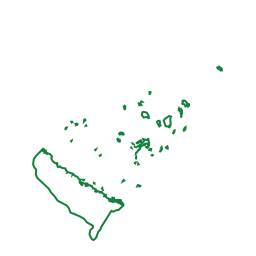 Midi, Hajjah, Yemen, rotated 132°
{"feature_id": "15242507B83103205988735", "entity_name": "Midi", "entity_type": "district", "adm_level": 2, "iso_a3": "YEM", "parent_name": "Yemen", "parent_adm1": "Hajjah", "projection": "albers", "projection_center": [42.574, 16.143], "detail": "fine", "context": "isolated", "style": "outline", "palette": "green", "viewbox_px": 256, "rotation_deg": 132, "n_neighbors": 0, "source": "geoboundaries", "source_scale": "gbopen_adm2", "svg_char_len": 5950}
<svg xmlns="http://www.w3.org/2000/svg" viewBox="0 0 256 256"><g transform="rotate(132 128 128)"><path d="M230.5,78.4L225.2,80.6L221.5,80.7L219.8,81.6L200.7,84.9L200.1,83.0L196.7,81.5L195.2,80.2L188.7,79.6L188.7,81.1L189.1,81.1L189.4,82.4L189.1,83.5L188.6,83.7L189.4,84.1L188.9,84.7L189.8,85.8L190.1,85.5L190.2,86.1L189.5,87.0L190.4,87.1L192.1,89.3L193.2,89.8L193.6,91.2L194.6,92.5L194.3,93.7L193.2,93.6L192.9,91.9L192.4,92.5L191.6,89.9L191.7,91.0L190.1,90.7L188.8,92.5L190.1,90.8L190.5,90.8L191.4,92.0L190.7,92.3L190.3,92.8L189.5,92.5L190.1,93.0L191.2,92.2L192.1,92.1L193.8,95.7L194.0,98.2L193.6,98.0L193.9,98.4L193.2,99.1L193.8,99.5L193.1,99.7L193.8,99.8L193.2,99.9L193.9,100.3L193.1,100.5L193.5,103.7L194.2,105.3L193.8,105.3L194.5,105.7L194.2,105.9L195.5,108.9L195.8,109.1L196.5,108.7L197.1,109.7L197.0,110.2L195.6,110.6L195.7,111.0L195.4,110.6L195.5,109.9L195.4,109.8L195.2,110.9L195.7,112.9L196.4,113.6L196.0,113.9L195.8,116.1L194.8,115.4L195.9,116.9L196.0,117.4L195.5,116.7L196.8,119.5L196.7,118.9L197.0,119.1L196.7,118.3L198.2,120.3L198.8,120.0L199.3,120.6L198.7,121.6L198.3,121.1L197.6,121.3L197.0,120.1L196.4,120.9L198.7,123.7L199.8,127.0L200.3,126.7L200.1,125.2L201.0,124.1L201.0,123.2L201.3,123.9L200.9,127.4L199.1,128.6L199.1,129.2L198.5,129.7L198.7,130.9L198.2,133.0L199.0,135.4L198.9,138.0L199.6,138.0L198.9,138.4L200.8,142.7L201.6,143.2L200.9,143.3L201.1,145.4L199.9,147.4L201.9,150.4L202.2,153.1L203.3,153.2L203.9,154.1L202.6,156.6L201.9,156.4L201.5,157.1L202.9,158.9L203.0,162.0L201.7,164.9L200.6,165.4L200.6,164.5L199.9,165.9L199.6,168.1L200.6,171.1L201.5,170.9L201.6,171.4L200.8,171.9L201.0,172.8L200.6,173.2L202.1,173.2L202.3,173.5L201.1,173.8L201.9,174.1L201.5,175.0L200.4,174.3L200.3,175.4L201.0,175.7L200.0,176.0L200.3,177.2L209.9,177.7L214.2,177.2L218.6,174.1L219.9,171.4L220.4,168.4L224.2,165.4L225.8,162.1L226.1,146.3L227.4,142.1L227.9,136.7L229.1,131.6L226.6,121.7L227.0,118.8L229.3,114.1L228.3,111.3L227.5,110.4L227.6,109.5L225.8,104.2L224.9,100.0L225.6,95.1L224.1,88.9L225.3,87.5L229.1,87.6L232.3,85.9L233.2,84.8L234.8,80.5L234.3,78.7L232.3,78.3L230.5,78.4ZM100.5,99.8L99.7,97.6L97.9,98.3L98.2,98.6L98.8,98.3L98.7,98.8L97.8,98.5L97.6,98.3L96.1,99.3L93.3,102.5L90.8,103.6L91.5,105.4L96.8,106.7L98.5,106.5L101.5,101.2L100.5,99.8ZM127.6,104.3L126.5,103.3L127.4,100.8L126.5,100.9L125.8,101.4L122.5,105.6L122.9,105.9L123.7,105.6L124.4,105.9L126.0,109.2L126.8,107.6L127.7,107.3L131.6,107.5L135.4,108.6L134.0,106.9L134.6,105.7L136.1,105.1L137.2,105.6L137.8,105.7L139.3,105.2L140.9,105.5L141.5,105.1L139.3,105.1L137.8,105.6L136.4,105.0L135.6,105.0L132.8,106.3L131.1,105.2L129.0,105.1L128.9,104.4L128.5,104.3L130.5,103.9L127.6,104.3ZM106.6,127.8L109.2,126.4L109.7,123.4L107.2,121.3L107.1,119.6L106.7,119.2L105.3,120.5L104.1,124.0L104.3,125.0L105.7,127.3L106.6,127.8ZM71.6,97.5L70.6,97.6L69.5,98.5L70.2,100.5L69.7,101.8L69.7,104.3L71.2,105.7L71.7,105.4L71.8,104.5L73.4,104.2L73.7,103.6L72.6,101.9L73.5,99.9L70.6,99.1L70.4,98.5L71.2,98.0L71.5,98.9L72.1,97.9L71.6,97.5ZM104.3,105.5L103.8,107.0L102.0,108.3L101.6,109.4L102.8,110.6L103.8,110.6L104.4,110.1L105.9,105.8L104.3,105.5ZM84.9,95.5L80.8,97.9L79.0,99.5L78.4,101.1L78.6,101.8L79.4,102.4L79.1,103.3L79.6,103.1L79.7,102.3L80.8,102.3L80.9,99.9L82.8,97.1L84.9,95.5ZM23.4,102.1L23.8,100.2L22.9,99.3L23.3,97.7L22.3,96.7L21.2,98.1L21.5,101.5L23.4,102.1ZM138.2,130.8L138.4,129.7L137.2,129.0L136.1,127.0L135.4,127.1L135.1,128.7L135.6,129.6L136.8,130.9L138.2,130.8ZM144.3,126.9L144.3,125.8L143.6,125.0L142.9,125.3L142.3,126.2L142.8,128.4L143.5,128.4L144.3,126.9ZM187.9,80.3L188.0,80.0L187.7,80.5L187.8,81.4L187.1,83.8L186.4,85.1L188.8,88.1L190.5,89.6L190.9,89.3L190.4,89.2L190.0,88.4L189.1,88.1L187.7,85.8L187.2,84.0L188.0,82.1L187.9,80.5L188.2,80.2L187.9,80.3ZM130.2,109.7L129.7,109.2L128.4,109.9L128.9,110.5L133.1,111.6L133.5,111.3L133.2,110.8L130.2,109.7ZM115.1,145.4L116.7,142.4L114.0,144.2L113.6,144.7L113.8,145.5L115.1,145.4ZM92.6,84.6L91.7,84.4L90.1,84.7L88.9,85.8L90.0,86.0L92.5,85.2L92.6,84.6ZM117.3,85.8L116.8,84.7L116.0,85.2L115.3,86.5L117.0,86.9L117.3,85.8ZM160.8,168.5L159.6,167.8L158.8,168.2L159.0,169.0L160.1,169.8L160.8,168.5ZM130.0,97.6L129.3,96.0L128.0,96.8L128.5,97.5L130.0,97.6ZM102.4,90.5L99.0,91.3L98.6,91.8L99.1,92.0L101.3,91.2L102.4,90.5ZM130.0,101.6L129.8,100.3L128.9,100.0L128.3,100.3L129.2,101.3L130.0,101.6ZM152.7,165.0L150.6,164.9L150.4,165.8L151.2,166.1L152.7,165.0ZM123.0,88.2L120.6,88.8L119.7,90.2L120.5,90.1L120.1,89.6L120.4,89.2L121.8,88.7L124.8,88.6L123.0,88.2ZM86.8,136.1L89.0,134.0L87.6,135.0L87.2,134.7L86.3,135.2L86.4,135.6L86.8,136.1ZM171.5,173.6L170.1,173.5L168.7,173.8L169.3,174.3L171.5,173.6ZM102.7,137.3L102.7,136.1L101.8,134.0L101.6,134.6L102.7,137.3ZM150.4,98.9L149.4,98.7L148.6,99.3L149.3,99.6L149.9,98.8L150.4,98.9ZM161.3,174.3L161.6,173.4L160.9,173.2L160.8,174.0L161.3,174.3ZM171.1,96.1L169.6,95.6L169.6,96.5L171.1,96.1ZM100.0,136.6L99.9,135.9L99.1,135.0L99.1,135.4L100.0,136.6ZM168.3,130.9L166.8,129.9L166.4,130.2L168.3,130.9ZM196.6,125.9L195.9,126.1L196.8,127.1L196.6,125.9ZM132.4,92.1L132.4,91.6L131.6,91.5L131.7,91.9L132.4,92.1ZM190.5,106.7L190.4,106.0L189.8,106.9L190.2,106.9L190.5,106.7ZM166.0,137.8L167.2,137.1L165.4,137.6L166.0,137.8ZM165.2,82.1L164.9,81.9L163.7,82.3L163.9,82.5L165.2,82.1ZM188.4,85.2L188.0,83.2L187.9,83.4L187.9,84.0L188.4,85.2ZM192.0,116.2L191.7,115.6L191.4,115.9L191.6,116.6L192.0,116.2ZM163.5,80.2L162.9,79.9L162.7,80.1L163.1,80.5L163.5,80.2ZM103.3,135.6L103.6,134.9L103.4,134.7L103.3,135.6ZM175.9,161.2L175.5,161.2L175.1,161.4L175.8,161.6L175.9,161.2ZM137.5,111.3L137.5,110.5L137.4,110.3L137.3,110.8L137.5,111.3ZM140.3,113.4L140.5,112.7L140.4,112.3L140.2,112.8L140.3,113.4ZM144.5,102.2L144.2,102.2L143.8,102.7L144.1,102.7L144.5,102.2ZM154.6,160.8L154.1,160.5L153.9,160.9L154.0,161.0L154.6,160.8ZM148.3,96.0L147.9,95.8L147.7,96.5L148.3,96.0ZM136.4,114.0L136.6,113.2L136.4,113.0L136.3,113.8L136.4,114.0ZM146.0,101.5L145.3,101.5L144.7,102.0L146.0,101.5Z" fill="none" stroke="#15803d" stroke-width="2"/></g></svg>